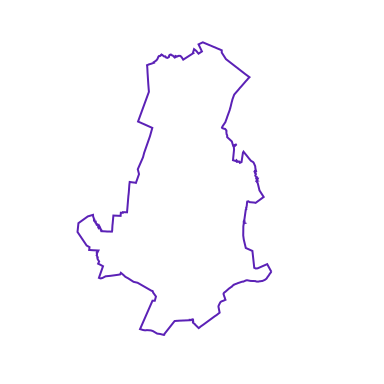 Tila, Chiapas, Mexico, rotated 197°
{"feature_id": "50627088B70545880619919", "entity_name": "Tila", "entity_type": "district", "adm_level": 2, "iso_a3": "MEX", "parent_name": "Mexico", "parent_adm1": "Chiapas", "projection": "natural_earth1", "projection_center": [-92.515, 17.37], "detail": "fine", "context": "isolated", "style": "outline", "palette": "violet", "viewbox_px": 384, "rotation_deg": 197, "n_neighbors": 0, "source": "geoboundaries", "source_scale": "gbopen_adm2", "svg_char_len": 5871}
<svg xmlns="http://www.w3.org/2000/svg" viewBox="0 0 384 384"><g transform="rotate(197 192 192)"><path d="M272.1,300.1L271.6,299.1L270.6,296.5L269.5,293.4L265.3,282.3L262.5,275.2L264.2,243.6L248.7,241.7L248.5,233.0L249.2,215.5L249.0,210.9L249.1,210.0L250.5,197.9L247.9,193.6L248.3,184.3L249.1,184.3L251.8,183.8L254.5,183.4L254.2,181.6L254.0,180.5L252.3,173.0L252.1,171.9L252.0,171.5L251.7,169.7L249.1,157.8L248.2,153.6L252.2,152.5L252.1,151.9L254.0,151.4L253.3,148.3L259.1,146.8L260.3,146.5L258.6,138.4L258.4,137.2L257.9,135.1L257.1,131.9L257.0,130.7L259.9,129.9L261.8,129.3L262.6,129.2L267.3,128.0L267.6,128.5L267.8,128.7L267.3,128.9L269.4,130.6L269.2,130.7L269.7,131.3L270.6,130.1L271.5,131.0L270.6,132.2L271.4,133.0L271.9,132.3L272.9,133.4L273.6,132.8L274.7,134.1L275.3,135.3L275.8,134.9L277.1,136.8L277.5,136.4L277.9,137.6L278.4,138.4L279.4,139.7L280.0,141.2L284.5,138.2L291.5,129.0L289.8,120.3L277.1,110.0L273.9,109.3L273.4,106.5L269.9,107.3L264.4,108.7L264.6,107.5L264.8,107.7L265.3,107.3L265.0,106.6L265.4,106.3L265.0,105.3L264.8,105.1L264.5,104.1L264.7,103.6L263.0,101.9L262.9,101.4L263.2,101.2L262.5,100.1L261.9,99.6L260.5,98.4L260.8,96.0L258.8,95.7L255.4,95.0L255.9,82.7L254.5,82.6L253.9,82.7L253.2,83.2L252.5,83.6L250.0,86.1L245.7,87.9L240.9,90.1L237.9,91.5L236.6,92.2L236.4,93.9L233.3,92.6L230.9,91.4L227.9,90.8L225.8,90.2L221.6,89.0L217.5,89.3L201.8,85.7L200.8,85.8L199.7,84.5L199.7,84.4L195.9,81.5L195.8,77.1L198.0,76.5L201.6,45.7L198.4,45.7L197.1,45.9L196.4,46.0L195.4,46.4L194.9,46.7L190.9,47.6L188.8,47.6L183.9,46.4L181.0,46.9L177.0,47.1L176.8,47.3L176.8,47.8L177.0,47.9L170.9,63.5L169.0,64.3L167.9,64.7L167.7,64.7L167.2,65.0L163.5,66.3L156.4,68.8L156.5,69.0L156.3,69.0L156.1,69.3L155.2,69.5L155.0,69.9L154.0,70.5L153.8,70.4L153.6,70.1L153.4,69.3L153.4,69.1L153.5,68.9L153.4,68.8L153.1,68.8L153.0,68.7L153.1,68.2L153.1,67.9L153.0,67.5L152.8,67.3L151.5,66.8L151.0,66.7L150.9,66.5L150.8,66.4L145.8,63.8L145.0,64.9L144.4,65.9L142.2,68.7L134.0,79.7L132.5,81.5L130.3,84.7L133.2,90.1L133.3,90.8L133.1,92.4L132.7,94.7L132.2,95.6L131.7,96.1L130.1,97.3L128.5,98.7L129.0,99.3L129.9,100.7L130.7,101.7L131.7,103.2L131.9,103.4L132.1,104.0L132.1,104.3L132.0,104.7L131.8,105.0L131.7,105.4L130.8,106.5L130.3,107.4L130.1,107.7L129.6,108.5L128.7,110.0L128.1,110.9L127.4,111.7L127.2,112.1L126.5,112.8L126.2,113.2L126.1,113.6L125.7,114.3L125.5,114.6L125.0,115.5L124.5,115.7L124.3,116.0L123.4,116.8L122.6,117.3L121.6,118.2L119.6,119.6L118.4,120.5L117.2,121.2L116.9,121.2L115.9,122.0L115.6,122.3L115.2,122.6L115.1,122.8L114.7,123.1L114.4,123.2L113.7,123.7L110.8,124.0L109.9,124.1L105.5,125.3L104.3,125.2L103.4,125.4L102.3,125.7L101.4,126.3L100.6,126.6L99.2,127.3L98.8,127.4L96.7,129.2L96.4,129.6L95.8,130.4L95.4,131.0L95.0,132.5L94.1,135.0L93.8,136.3L93.7,136.5L93.2,137.9L93.0,138.3L92.8,138.9L92.7,138.8L99.0,145.0L106.9,138.2L108.6,137.5L110.3,137.7L117.0,153.3L124.2,154.2L128.6,161.7L130.3,165.4L132.9,174.3L133.3,177.0L132.4,177.7L133.0,177.8L133.5,177.6L133.7,178.2L133.6,178.3L133.4,178.6L133.9,179.0L133.9,179.6L133.7,179.4L133.7,179.7L133.4,179.8L133.6,180.2L133.8,180.7L135.4,190.7L135.2,190.9L135.1,191.2L135.3,191.3L135.4,192.5L135.6,192.7L135.4,193.2L135.5,193.7L135.6,194.0L135.6,194.8L136.4,198.6L136.3,199.1L135.9,199.2L135.3,199.6L134.1,199.1L129.4,200.1L128.0,200.2L122.0,208.2L127.9,213.2L131.8,219.8L132.6,220.3L133.1,221.5L132.8,221.7L133.2,221.8L133.1,222.8L133.5,222.4L133.4,223.3L133.8,223.0L134.0,223.3L134.3,223.5L134.1,223.7L134.2,223.8L134.0,224.1L133.7,224.4L134.3,225.1L134.5,224.9L134.9,224.9L136.3,226.2L136.2,227.0L136.1,227.6L136.1,227.8L136.4,228.0L136.7,228.0L136.8,228.1L136.7,228.2L137.0,228.5L136.8,228.8L136.9,229.0L137.3,229.1L138.0,229.6L137.7,229.9L137.9,230.5L138.0,230.5L138.1,230.8L137.8,231.2L137.5,231.1L137.7,230.7L137.3,230.2L136.8,230.6L137.4,231.5L138.0,232.7L138.5,233.5L138.7,234.2L139.1,235.1L139.5,235.6L141.3,237.7L142.1,238.4L143.6,238.8L144.6,239.0L145.1,239.3L147.6,240.9L148.7,241.7L154.5,245.6L154.6,245.0L154.8,244.7L153.4,235.1L154.7,233.9L155.4,234.7L155.7,234.6L155.8,234.5L156.3,234.5L156.4,234.8L157.2,234.4L157.3,234.4L157.5,234.3L157.6,234.0L157.9,233.9L158.1,234.0L157.9,234.8L158.8,235.4L159.2,234.4L162.1,234.4L164.2,244.9L165.2,247.3L163.3,250.7L166.3,248.4L168.7,252.0L174.3,254.7L174.5,254.9L174.6,255.3L174.6,255.6L174.9,256.4L175.2,256.8L175.9,257.5L176.0,257.9L176.4,258.7L176.6,259.2L176.7,259.8L176.8,260.1L177.0,260.3L177.1,260.9L178.8,262.0L179.6,261.9L181.3,261.9L181.8,262.0L182.2,262.4L181.9,264.1L180.5,268.6L180.5,269.3L180.4,271.2L180.3,272.8L180.3,273.3L180.3,274.0L179.9,281.5L180.0,282.8L179.9,283.2L180.0,283.4L180.0,284.8L180.3,289.5L180.3,290.5L180.4,292.2L180.2,296.2L180.1,297.5L179.5,298.9L177.4,303.6L176.6,305.6L175.8,307.2L172.9,313.8L172.4,314.8L171.8,316.0L171.8,316.3L170.6,318.6L175.2,320.2L198.4,329.0L204.3,334.0L205.0,336.2L225.4,338.3L228.9,335.1L223.6,329.3L226.2,326.2L229.2,328.2L231.8,329.2L231.8,325.4L231.3,325.2L239.1,316.0L241.2,317.8L242.8,318.7L243.3,318.7L244.3,318.4L244.8,318.2L245.1,318.0L245.1,317.8L245.4,317.5L245.8,317.2L246.1,317.1L247.1,317.3L248.4,317.3L247.8,317.0L247.6,316.6L247.0,316.3L247.8,315.5L250.2,316.8L250.7,316.9L251.1,316.9L251.6,316.8L251.8,316.9L252.2,317.2L252.4,317.3L252.5,317.2L253.0,316.9L253.3,316.7L253.4,316.3L253.6,316.2L253.7,315.8L253.7,315.3L253.5,314.7L253.5,314.4L253.6,314.2L254.0,313.9L254.1,313.7L254.6,313.1L254.9,313.0L255.3,313.1L255.6,313.1L255.9,313.0L256.3,313.1L256.9,313.7L257.3,313.9L257.9,313.5L258.2,313.5L258.4,313.5L259.1,313.8L260.0,314.1L260.4,314.4L260.6,314.4L260.9,314.2L261.4,314.5L261.6,314.2L261.3,313.9L261.9,313.4L262.2,312.8L262.6,312.5L263.2,312.5L263.3,312.4L263.5,312.1L263.7,311.6L263.9,309.3L264.3,308.1L264.5,307.8L264.5,307.5L265.5,306.2L266.2,305.3L266.5,305.0L266.1,304.5L268.7,302.6L270.7,301.3L270.7,301.2L272.1,300.1Z" fill="none" stroke="#5b21b6" stroke-width="2"/></g></svg>